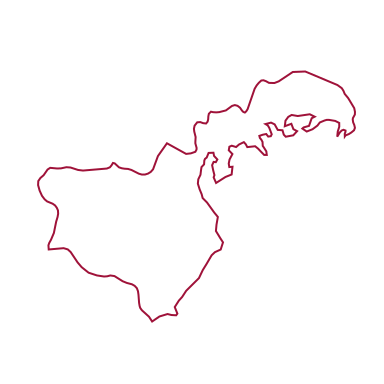 SVG path tracing the border of Fukui, rotated 187°
{"feature_id": "JPN-1848", "entity_name": "Fukui", "entity_type": "Prefecture", "adm_level": 1, "iso_a3": "JPN", "parent_name": "Japan", "parent_adm1": "", "projection": "natural_earth1", "projection_center": [136.049, 35.808], "detail": "fine", "context": "isolated", "style": "outline", "palette": "rose", "viewbox_px": 384, "rotation_deg": 187, "n_neighbors": 0, "source": "natural_earth", "source_scale": "10m", "svg_char_len": 3136}
<svg xmlns="http://www.w3.org/2000/svg" viewBox="0 0 384 384"><g transform="rotate(187 192 192)"><path d="M47.1,265.8L47.5,268.5L47.0,270.4L47.1,271.7L49.2,272.2L50.9,271.3L52.5,269.2L54.6,264.6L54.7,269.7L53.8,274.7L54.3,278.5L58.5,280.0L65.0,280.3L67.1,280.0L69.2,279.1L73.6,276.6L75.6,273.2L80.0,269.0L85.5,266.0L90.2,268.4L89.1,269.7L83.9,271.9L82.2,279.8L79.4,281.7L84.6,283.5L96.3,280.3L102.5,280.6L105.6,278.3L107.9,274.2L107.9,268.6L101.7,271.8L99.0,266.7L95.1,265.2L98.4,260.6L105.7,258.3L107.9,260.1L109.7,264.3L114.5,264.1L118.2,269.2L122.0,270.5L127.3,268.4L124.9,267.3L123.2,265.2L119.9,259.0L120.6,257.0L123.1,256.3L125.4,258.6L128.7,257.5L132.0,255.9L131.2,253.9L129.6,252.4L128.1,250.3L127.4,246.4L126.4,245.3L123.2,241.4L122.3,237.9L124.9,237.6L128.8,240.7L131.7,243.1L134.9,245.1L142.6,243.3L144.4,245.9L146.6,247.8L151.1,244.9L153.7,242.0L158.2,242.8L160.4,241.5L160.6,237.9L156.5,234.6L158.7,228.8L159.0,224.7L158.0,221.3L154.9,222.0L154.8,214.2L160.6,211.0L169.2,203.9L172.3,209.2L171.8,211.5L173.5,215.8L175.3,221.1L174.2,224.5L172.0,224.5L170.8,227.4L174.5,230.5L175.5,233.6L180.3,232.8L181.6,228.0L183.1,226.5L183.6,224.8L183.4,220.9L185.6,217.9L185.7,215.2L185.7,210.1L187.3,205.4L187.2,201.0L184.7,195.5L182.1,190.9L180.7,187.3L175.8,183.4L167.5,174.4L163.3,170.4L163.7,162.6L163.5,156.2L158.2,149.5L155.1,145.8L156.5,138.4L161.9,135.1L164.8,131.6L168.8,122.3L171.8,115.8L174.6,107.4L185.7,93.3L189.0,86.6L191.8,82.6L195.1,75.7L191.7,69.5L192.7,67.7L197.4,67.4L201.4,67.9L209.1,64.5L215.8,58.6L219.1,62.5L219.5,63.0L226.9,68.2L227.8,69.0L229.3,70.7L230.1,72.5L231.0,75.5L232.6,83.5L233.5,86.9L235.0,89.8L237.5,91.9L240.4,93.1L245.6,93.8L250.0,95.0L258.7,99.1L262.9,99.2L265.9,98.0L269.0,97.4L276.2,97.6L284.8,99.3L292.3,103.9L297.0,108.2L305.1,117.6L308.3,119.9L312.6,120.6L327.2,117.5L328.0,121.6L327.5,124.0L326.1,127.5L324.1,134.5L323.2,146.0L322.4,150.7L322.2,154.1L322.8,157.4L324.3,159.9L326.3,162.0L328.9,163.4L334.7,165.0L337.4,166.8L340.4,169.9L343.4,174.8L345.6,180.1L345.9,184.1L344.2,187.4L341.3,190.6L338.1,196.7L335.7,198.7L328.7,198.9L324.9,199.5L319.7,201.3L315.6,201.5L307.8,200.0L302.8,200.0L279.4,204.9L276.5,206.5L275.1,208.7L274.0,211.2L272.2,211.0L267.5,207.6L264.6,207.0L261.8,206.9L258.3,207.1L254.8,206.5L247.0,203.7L243.8,203.2L240.8,203.6L237.9,204.9L235.4,206.9L233.4,209.8L230.2,223.5L222.8,237.3L202.5,229.1L197.9,230.2L193.6,232.3L192.7,234.6L192.8,236.3L194.6,240.7L194.8,242.5L195.1,247.0L197.1,252.2L197.8,255.0L197.5,258.2L195.3,261.8L192.3,262.4L189.4,261.7L186.4,261.7L185.1,263.7L184.8,266.1L185.0,269.1L184.8,271.7L183.0,274.0L180.8,273.8L177.6,274.0L174.7,274.6L168.3,277.1L162.8,282.3L160.1,283.5L157.3,283.1L154.6,281.5L152.3,278.9L150.8,277.7L149.2,277.3L148.0,278.7L146.9,281.0L142.4,302.1L140.8,305.7L139.0,308.5L136.8,311.1L134.7,311.6L132.1,311.0L128.9,309.7L123.5,310.2L119.4,312.4L106.6,323.4L94.3,325.4L60.7,315.9L56.0,313.3L54.1,311.0L52.4,308.0L48.4,304.2L41.2,295.0L40.0,291.4L39.8,288.7L41.3,284.9L41.3,283.5L40.5,280.7L39.1,278.3L38.1,275.5L38.7,273.0L41.1,270.5L43.4,268.6L46.5,266.9L47.1,265.8Z" fill="none" stroke="#9f1239" stroke-width="2"/></g></svg>